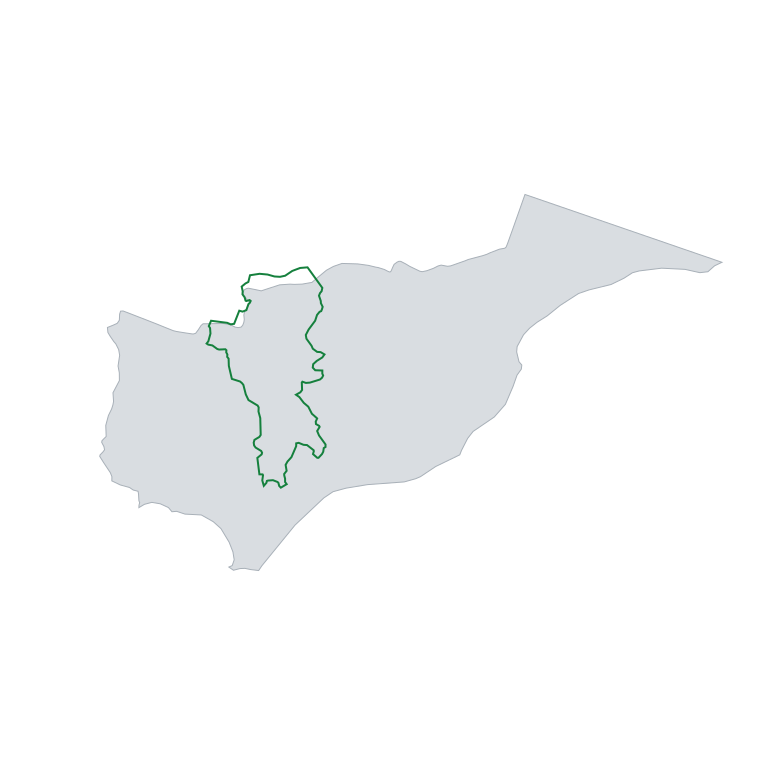 location of Meknès - Tafilalet within Morocco, rotated 199°
{"feature_id": "MAR-1452", "entity_name": "Meknès - Tafilalet", "entity_type": "Region", "adm_level": 1, "iso_a3": "MAR", "parent_name": "Morocco", "parent_adm1": "", "projection": "robinson", "projection_center": [-5.04, 32.255], "detail": "medium", "context": "in_parent", "style": "outline", "palette": "green", "viewbox_px": 768, "rotation_deg": 199, "n_neighbors": 0, "source": "natural_earth", "source_scale": "10m", "svg_char_len": 4332}
<svg xmlns="http://www.w3.org/2000/svg" viewBox="0 0 768 768"><g transform="rotate(199 384 384)"><path d="M109.9,603.4L114.3,595.6L121.6,592.1L136.7,590.4L159.2,583.9L179.5,574.0L185.3,570.1L191.5,562.2L201.7,552.0L220.8,539.7L229.5,532.9L243.0,515.7L251.9,501.5L259.3,492.3L264.5,484.2L268.1,476.0L270.3,462.7L269.0,457.5L263.6,449.0L259.9,446.8L259.0,442.8L261.1,435.7L261.2,423.6L262.6,404.3L269.0,388.7L284.3,368.2L287.2,359.8L289.1,346.5L289.3,341.7L308.3,322.8L319.4,308.2L323.3,304.7L333.0,298.0L366.8,283.5L385.9,273.2L397.1,265.6L403.8,256.7L422.2,221.6L440.3,172.4L441.8,166.8L449.9,165.1L455.5,164.4L460.1,162.6L465.7,158.9L471.1,160.4L468.4,162.9L468.4,169.0L472.2,176.1L478.9,184.0L491.1,194.2L500.5,198.2L514.1,200.7L529.8,196.2L538.6,196.1L542.9,194.2L547.6,197.0L556.5,197.9L565.0,196.5L571.4,192.2L575.5,187.3L576.2,189.7L576.4,192.3L577.7,193.8L580.3,200.1L581.6,202.5L586.6,202.1L590.9,203.3L600.5,202.7L609.8,203.8L611.1,207.8L613.8,211.0L623.5,218.4L629.2,223.0L629.4,224.5L627.6,228.3L626.8,230.8L628.4,233.6L631.9,236.9L632.2,238.5L631.4,240.3L629.6,243.9L633.6,254.3L634.3,264.5L633.4,271.7L633.5,275.8L634.0,279.4L637.4,287.5L635.3,301.1L637.9,308.4L641.3,314.4L643.3,325.1L646.1,330.2L650.6,334.6L653.2,336.1L658.2,339.8L661.8,342.8L663.9,347.4L659.5,351.2L656.0,354.5L655.0,358.1L656.7,364.0L656.8,367.1L654.5,368.1L645.3,367.8L638.0,367.5L629.7,367.2L617.9,366.7L610.7,366.3L600.7,365.8L597.3,366.1L588.1,367.7L581.7,368.9L580.6,369.2L578.6,370.6L577.2,374.9L576.0,379.8L574.7,382.0L555.4,389.0L547.8,390.0L543.4,389.3L540.3,389.8L537.6,391.3L536.7,393.6L536.6,396.6L537.1,399.5L539.0,403.6L539.4,407.7L538.2,410.6L537.9,413.5L537.4,416.6L538.4,418.3L540.3,418.6L542.1,420.0L544.8,421.4L547.0,423.8L546.9,427.4L545.1,429.4L543.5,430.4L536.2,431.4L530.4,432.1L522.9,437.8L514.9,443.8L505.4,447.8L501.2,449.0L493.9,451.8L485.2,456.6L480.8,464.1L475.4,472.9L470.1,478.7L463.0,484.3L456.3,486.4L447.9,489.0L437.3,491.1L429.8,491.8L427.5,492.2L420.9,492.4L417.7,491.9L415.3,491.7L414.3,492.3L414.0,493.7L413.8,496.8L413.4,500.4L411.3,503.5L409.8,504.9L408.0,505.4L402.5,504.6L397.9,503.6L386.8,502.3L384.6,502.6L383.8,503.0L380.3,505.1L375.0,509.4L371.3,513.2L368.7,515.0L362.2,516.0L359.4,517.4L347.4,526.9L344.8,529.2L332.4,537.5L328.9,540.2L326.1,542.9L318.7,549.1L314.0,551.7L313.1,553.3L312.9,557.1L312.8,565.3L312.7,573.3L312.6,584.8L312.5,596.3L312.4,609.1L104.1,609.1L109.9,603.4Z" fill="#d9dde1" stroke="#a8b0b8" stroke-width="1"/><path d="M568.1,387.5L552.1,390.8L548.4,390.5L545.3,392.1L544.7,406.2L541.3,406.4L538.2,409.0L538.2,415.4L537.3,417.1L537.1,419.1L538.4,419.6L541.3,417.6L542.1,417.8L544.0,420.6L547.0,422.7L547.8,425.7L550.3,429.8L547.7,434.0L545.5,436.3L546.1,443.2L537.5,447.7L529.7,449.6L522.6,450.0L517.2,451.5L512.7,454.2L507.5,461.1L501.1,466.4L494.3,469.4L473.6,454.8L473.2,451.4L474.1,449.1L474.2,446.3L470.8,441.9L470.0,439.9L467.1,437.0L467.0,434.4L467.1,432.5L468.4,431.3L469.8,427.5L469.7,421.4L473.0,411.0L473.9,404.9L472.1,401.6L465.0,396.6L462.8,394.2L457.7,392.6L454.3,393.5L449.9,392.6L451.0,389.0L455.2,383.8L457.4,379.7L456.7,376.3L453.5,374.6L446.7,376.7L445.7,373.7L444.3,372.2L444.6,369.8L446.0,367.4L454.5,361.2L458.2,359.6L461.9,359.6L462.2,358.6L459.5,351.7L460.4,348.9L463.7,345.2L459.8,344.1L453.8,340.1L448.2,337.9L442.5,332.4L436.0,329.7L436.3,326.2L435.3,324.0L431.7,323.3L430.9,322.5L431.9,317.8L428.7,314.2L419.6,307.8L418.8,305.4L420.1,303.8L419.4,300.2L419.8,297.6L421.9,292.9L423.1,292.5L428.3,294.6L428.5,297.7L429.0,298.5L436.9,301.2L440.3,300.3L445.5,300.6L447.7,299.3L446.8,296.6L447.7,284.7L450.0,279.3L450.7,275.5L447.8,270.2L449.1,266.4L448.5,265.0L446.7,262.3L445.6,259.1L443.4,257.6L447.8,252.4L449.9,253.5L451.7,256.2L452.8,256.7L457.7,256.9L462.3,254.9L463.2,254.2L463.0,252.3L464.5,248.6L467.7,253.2L468.7,258.4L469.4,259.0L472.4,258.0L479.7,272.9L476.8,277.6L476.9,279.3L478.3,280.7L484.7,282.1L486.8,283.6L488.1,286.1L488.3,289.0L484.6,293.4L484.0,295.7L489.9,311.5L493.7,317.1L494.9,321.1L496.5,322.5L506.9,324.7L511.3,329.2L516.7,337.4L518.6,338.6L520.9,339.5L529.5,339.3L536.6,350.6L539.2,357.4L541.1,358.6L541.7,360.9L543.5,362.6L544.0,364.6L545.3,365.2L551.1,362.9L553.0,362.8L558.8,364.6L563.0,364.0L564.9,364.5L564.0,367.2L564.5,375.2L566.7,380.3L568.5,381.7L568.1,387.5Z" fill="none" stroke="#15803d" stroke-width="2"/></g></svg>